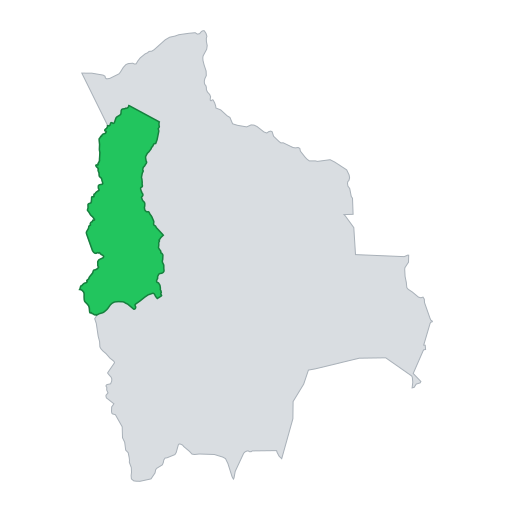 La Paz on a map of Bolivia (Natural Earth projection)
{"feature_id": "BOL-1936", "entity_name": "La Paz", "entity_type": "Department", "adm_level": 1, "iso_a3": "BOL", "parent_name": "Bolivia", "parent_adm1": "", "projection": "natural_earth1", "projection_center": [-68.162, -14.972], "detail": "fine", "context": "in_parent", "style": "filled", "palette": "green", "viewbox_px": 512, "rotation_deg": 0, "n_neighbors": 0, "source": "natural_earth", "source_scale": "10m", "svg_char_len": 9455}
<svg xmlns="http://www.w3.org/2000/svg" viewBox="0 0 512 512"><path d="M84.6,300.8L83.8,292.9L82.5,291.0L80.7,289.7L80.2,288.1L80.8,286.5L84.3,283.2L86.2,282.6L86.7,281.0L93.1,271.7L95.0,269.8L97.3,268.5L98.3,267.4L97.8,264.0L97.9,261.7L98.7,260.3L103.0,257.6L103.4,257.0L103.3,256.1L101.4,254.4L97.5,252.9L95.0,253.0L92.5,250.5L87.4,236.4L86.6,233.1L86.7,231.9L90.0,224.9L93.8,219.3L93.4,218.1L89.2,212.6L87.9,210.0L88.3,204.3L90.8,202.6L92.0,197.5L93.0,196.7L95.3,193.2L98.4,190.0L98.7,186.2L99.6,185.1L102.3,183.9L102.6,182.9L102.0,180.3L100.6,177.6L99.5,176.3L98.1,169.6L96.6,166.3L98.3,163.3L99.3,159.9L99.6,156.0L99.4,138.9L102.6,134.6L104.3,133.7L105.8,132.3L105.7,129.6L107.9,126.0L81.8,73.1L92.0,73.2L103.1,75.1L105.0,76.2L105.4,78.0L106.7,78.9L109.8,78.4L118.9,73.9L120.2,72.4L123.3,67.4L125.9,64.6L128.2,63.6L132.8,63.2L134.3,64.0L136.1,63.9L137.8,61.0L140.2,57.9L145.1,53.9L147.5,52.8L149.1,51.4L151.7,51.2L154.0,49.8L165.2,39.8L169.7,37.2L174.9,36.1L178.9,34.7L188.8,33.3L195.2,32.7L197.3,34.1L199.6,33.7L201.5,31.4L203.1,30.7L204.3,30.8L206.0,33.4L206.9,36.3L206.3,38.4L206.4,41.5L207.2,45.6L206.7,49.2L203.1,55.9L202.8,57.9L203.0,60.6L204.1,65.0L206.1,71.0L206.3,75.6L204.9,78.5L204.3,81.0L204.4,83.1L204.9,84.6L205.8,85.5L206.3,87.2L206.4,89.7L207.5,92.1L209.7,94.5L210.6,96.8L210.2,98.9L210.3,100.3L211.0,100.8L212.4,99.8L213.1,100.0L214.7,103.0L215.7,106.1L215.9,108.0L220.7,109.9L227.1,115.8L229.9,117.4L232.6,123.8L237.4,125.3L246.7,126.9L251.1,124.9L254.0,125.1L257.0,126.5L264.0,132.0L266.8,133.0L268.8,131.6L270.7,131.1L272.1,131.7L273.6,136.3L278.9,141.4L280.9,142.9L283.2,142.8L292.9,147.5L295.5,147.9L298.1,147.5L299.8,148.4L300.4,151.2L304.8,156.8L306.8,159.0L309.3,160.9L315.5,160.9L317.4,161.4L330.1,159.7L334.8,162.1L346.7,169.9L349.1,175.0L349.6,177.8L348.9,180.5L347.8,181.6L347.5,183.4L347.9,186.1L349.7,188.5L351.3,196.6L352.5,198.2L353.1,214.3L344.0,214.6L345.5,216.2L353.8,227.6L355.5,254.6L403.1,256.6L404.3,256.6L407.8,255.1L408.7,255.2L408.5,262.2L404.9,267.7L404.7,269.4L405.1,276.6L406.3,282.4L406.8,287.6L408.2,289.3L412.3,292.0L418.4,297.1L420.9,297.8L423.0,297.1L424.3,299.2L424.5,302.6L429.9,318.0L430.8,320.1L432.4,321.2L432.1,321.9L430.8,322.2L430.1,323.4L423.7,345.1L425.2,345.2L425.6,349.5L423.7,349.8L423.1,350.8L413.2,373.5L420.9,381.5L420.1,382.9L416.2,384.1L414.1,387.4L412.1,387.9L412.8,382.2L412.3,377.3L411.7,376.0L385.7,357.8L359.2,358.2L315.5,368.8L308.4,370.1L303.7,384.1L293.1,401.5L292.9,418.7L281.7,458.7L279.1,456.2L277.1,452.4L276.6,450.7L276.3,450.6L252.3,450.9L251.1,451.7L249.5,451.7L248.2,450.9L247.0,451.0L245.3,451.7L243.7,453.2L235.2,471.4L234.0,478.0L233.4,479.1L232.1,476.8L227.9,463.5L225.5,458.6L222.8,457.1L214.4,454.5L199.3,454.0L194.5,454.5L192.0,454.1L189.5,451.4L183.8,446.6L182.6,445.1L180.5,444.1L179.1,444.0L178.3,444.9L176.2,452.5L174.9,454.6L167.0,457.8L165.0,458.1L163.8,460.0L163.3,462.5L162.4,464.8L156.9,468.2L155.7,469.6L155.0,473.0L151.0,478.9L140.0,481.3L136.3,481.2L133.8,480.9L131.4,478.9L131.1,475.7L131.5,472.3L131.3,467.6L129.3,462.2L129.5,460.4L129.2,457.7L128.2,452.7L125.7,450.1L124.7,442.3L122.5,437.7L122.2,426.8L115.4,414.7L112.5,413.9L111.8,413.1L111.5,411.3L111.7,406.9L113.9,403.8L106.4,397.9L106.0,396.5L106.0,395.2L108.0,392.9L106.7,390.0L106.8,387.3L106.0,386.2L106.1,385.4L106.9,384.6L110.6,383.8L111.7,381.1L111.8,378.9L111.2,377.3L107.8,373.4L107.7,372.7L114.5,362.8L114.3,362.0L113.7,361.1L110.0,358.2L106.0,353.6L103.1,351.2L101.0,348.9L99.9,346.9L99.6,341.6L98.2,336.3L96.3,323.5L94.7,318.7L96.3,316.2L96.2,315.5L89.8,311.9L88.5,306.0L84.6,300.8Z" fill="#d9dde1" stroke="#a8b0b8" stroke-width="1"/><path d="M90.5,313.0L90.2,313.0L89.7,312.2L89.5,310.9L89.4,308.4L89.2,307.2L88.5,305.6L87.5,304.3L85.1,301.9L84.5,300.9L84.2,299.6L84.1,296.9L84.2,294.5L84.1,293.2L83.7,292.2L83.3,291.6L82.7,290.9L81.6,289.9L81.1,289.7L79.6,289.5L80.1,288.6L80.5,286.7L80.8,286.0L81.6,285.8L83.2,284.1L84.1,283.4L84.9,283.1L85.7,282.9L86.5,282.6L87.1,281.8L87.2,281.2L86.9,280.9L86.8,280.7L86.9,280.4L87.1,280.1L88.3,279.3L88.7,278.9L89.4,277.0L92.4,273.4L92.8,272.7L93.3,270.8L93.6,270.3L94.1,270.0L95.1,269.9L95.6,269.7L97.3,268.8L97.8,268.3L98.6,267.1L97.9,265.9L97.7,265.3L97.8,264.2L97.7,262.2L97.8,261.5L98.1,261.0L98.8,259.9L99.8,259.3L103.1,257.8L103.7,256.7L103.4,255.8L102.7,255.2L101.2,254.5L100.0,253.1L99.4,252.6L98.6,252.9L97.6,252.6L97.3,252.6L97.0,252.7L96.4,253.2L96.1,253.3L95.4,253.3L94.7,253.1L94.0,252.6L93.5,252.1L92.5,250.7L86.5,233.7L86.3,232.7L86.6,231.6L88.5,228.4L88.6,227.7L88.7,227.0L88.8,226.4L89.2,225.8L89.5,225.6L90.3,225.3L90.5,225.1L90.5,224.8L90.2,223.8L90.4,223.2L90.8,222.5L91.4,222.0L92.4,221.6L92.7,220.3L93.3,220.2L94.0,220.3L94.5,219.9L94.5,219.2L93.8,218.5L93.1,217.3L92.6,216.8L90.9,215.3L90.4,214.7L88.7,211.8L87.6,210.6L87.4,210.0L87.6,209.4L88.0,208.1L88.1,207.9L88.0,205.1L88.0,204.5L88.3,204.0L88.9,203.6L90.6,203.1L91.0,202.7L91.4,201.8L91.6,197.4L92.0,196.7L92.5,196.7L93.2,196.8L93.8,196.8L94.0,196.5L93.9,194.9L94.0,194.3L94.2,194.1L94.7,194.0L94.9,193.9L96.0,192.4L96.6,191.9L98.5,190.7L99.1,190.1L99.0,189.4L98.6,188.7L98.3,188.1L98.3,186.8L98.3,186.1L98.5,185.5L99.2,184.9L100.2,184.6L102.2,184.3L102.8,183.6L102.6,182.4L101.9,180.2L101.7,179.0L101.5,178.4L101.2,178.0L99.7,176.8L99.3,176.2L99.1,175.1L99.1,173.8L99.0,172.7L98.5,171.8L98.1,170.5L98.1,170.0L98.2,169.5L98.3,169.1L98.3,168.7L98.0,168.2L96.4,166.7L95.8,165.7L96.2,164.9L96.6,164.9L97.5,165.1L97.8,165.0L98.1,164.6L98.1,164.2L98.0,163.8L98.1,163.3L98.3,163.0L98.9,162.2L99.2,161.7L99.5,160.9L99.6,160.1L99.5,159.3L99.9,152.6L99.4,150.0L99.4,148.6L99.6,144.5L99.2,140.7L99.1,139.2L99.3,138.5L100.2,137.6L100.5,136.8L100.9,136.2L101.5,136.3L101.9,135.3L102.4,134.6L103.0,134.1L105.4,133.4L105.6,133.1L106.3,131.6L106.0,131.2L105.0,130.9L104.8,130.6L104.8,130.0L105.1,129.5L105.5,129.1L106.3,128.6L106.8,128.1L107.1,127.6L107.3,127.1L107.5,126.4L107.7,126.1L108.0,126.0L107.8,125.7L108.2,125.7L109.1,125.8L109.4,125.7L109.6,125.6L109.9,125.1L110.1,125.0L110.6,123.2L111.0,122.7L111.7,122.6L112.2,122.8L112.6,123.2L113.1,123.4L113.7,123.3L114.0,123.1L114.6,122.0L115.9,118.1L116.6,117.1L120.0,115.0L120.8,114.1L121.0,112.9L121.2,110.5L121.7,109.5L122.6,109.0L124.8,108.7L125.6,108.2L126.2,108.3L126.9,108.1L127.6,107.8L128.1,107.4L128.5,106.7L128.8,105.8L128.8,105.6L129.3,105.7L159.3,121.9L159.1,122.5L159.0,123.2L159.0,125.2L159.1,125.7L159.3,126.2L159.3,126.8L159.0,127.5L158.2,128.7L158.6,130.1L158.8,130.9L158.7,131.7L157.1,139.6L155.7,143.5L155.3,143.6L154.8,143.6L154.2,143.7L153.7,144.2L152.5,146.6L152.3,146.8L151.8,147.2L151.5,147.4L151.4,147.7L151.3,148.4L151.2,148.7L148.8,151.9L147.8,152.8L147.3,153.4L146.1,155.6L145.6,156.7L145.6,157.9L146.1,161.0L146.6,161.9L146.6,162.6L146.4,163.1L145.2,164.9L144.6,166.0L144.2,166.4L143.8,166.8L143.4,167.2L143.1,167.9L142.8,169.3L142.7,170.0L143.2,170.8L143.1,171.5L142.3,173.0L141.5,177.1L141.5,177.6L141.9,179.1L142.2,182.2L142.1,184.2L142.4,185.4L142.4,185.9L142.3,186.5L141.9,187.0L141.0,187.4L140.7,187.8L140.6,188.4L140.6,189.0L140.8,189.7L141.2,191.0L141.5,191.4L141.6,191.6L141.6,192.2L141.7,192.6L142.4,193.3L142.7,193.9L142.9,194.6L142.9,195.3L142.6,195.9L142.4,196.2L141.9,196.7L141.7,196.9L141.6,197.3L141.5,197.5L141.6,197.8L142.4,200.0L143.0,200.9L144.4,202.3L144.6,202.9L144.8,203.6L144.8,205.0L144.7,206.3L144.5,207.0L144.4,207.7L144.5,208.2L144.6,208.9L144.9,210.2L145.4,210.8L145.8,211.1L146.2,211.5L146.5,211.7L146.8,211.8L147.2,211.8L147.9,211.7L148.2,211.7L148.6,211.8L148.9,212.1L149.2,212.5L149.8,213.8L150.0,214.2L150.4,214.7L151.1,215.6L151.9,216.9L153.7,221.2L153.8,221.6L153.8,222.0L153.6,223.5L153.6,223.8L153.6,224.2L153.7,224.6L153.9,224.9L154.2,225.3L154.7,225.6L155.3,225.9L155.4,226.0L155.7,226.3L156.3,227.6L162.1,233.8L163.3,235.2L160.9,237.5L159.9,239.0L159.0,240.1L159.3,240.4L159.4,240.5L159.4,240.8L159.4,241.3L159.2,241.7L159.0,242.0L158.8,242.4L158.7,242.8L158.7,243.2L158.8,244.0L158.8,244.9L158.5,247.4L158.5,247.8L158.6,248.0L159.1,248.8L159.6,249.6L160.5,250.7L160.8,251.3L160.8,252.0L160.8,252.6L160.8,252.8L161.7,253.2L161.8,253.3L162.1,253.7L162.7,254.6L162.9,255.1L162.7,259.4L162.3,261.1L162.4,261.9L162.7,262.9L163.6,264.6L163.8,265.6L163.8,268.6L164.0,270.2L164.0,270.8L163.9,271.3L163.5,272.0L162.9,272.6L162.1,273.1L161.4,273.3L159.7,273.6L159.0,274.0L158.4,274.9L157.8,276.1L157.6,276.7L157.6,277.4L157.7,278.1L157.6,278.4L157.5,278.7L157.0,279.5L156.9,279.8L156.6,280.5L156.6,281.2L156.7,281.8L157.1,282.3L158.5,282.9L158.8,283.5L159.2,284.0L159.6,284.6L159.8,285.1L160.0,285.6L160.4,288.1L160.3,289.1L160.3,289.6L160.7,290.4L160.9,290.7L161.3,292.5L160.7,293.8L160.9,294.2L161.0,294.5L161.3,294.8L161.5,295.2L161.6,295.6L161.3,295.9L161.0,296.2L157.3,298.5L156.6,297.7L155.8,296.7L155.3,295.9L154.9,295.0L154.5,294.3L154.3,294.0L153.9,293.6L153.5,293.4L153.1,293.3L152.6,293.3L148.8,294.6L148.2,294.8L144.8,297.1L141.2,300.0L140.5,300.6L135.7,304.0L135.2,304.5L135.0,304.9L135.1,305.4L135.2,305.9L135.5,306.4L135.7,306.9L135.7,307.2L135.7,307.5L135.5,308.0L135.4,308.4L135.2,308.7L134.5,309.1L134.2,309.2L133.8,309.2L133.5,309.0L127.8,304.2L127.1,303.8L126.2,303.5L123.9,302.1L123.0,301.8L118.5,301.6L115.0,301.9L114.0,302.2L112.2,303.2L111.9,303.4L110.3,304.9L107.7,308.6L106.7,309.7L104.3,311.8L102.8,312.7L99.0,313.8L96.9,315.0L96.6,315.1L96.3,314.6L95.9,314.6L95.5,314.8L94.9,314.9L94.4,314.7L93.9,314.5L93.0,313.8L92.1,313.6L91.9,313.4L91.3,312.6L90.9,312.7L90.5,313.0Z" fill="#22c55e" stroke="#15803d" stroke-width="1.5"/></svg>